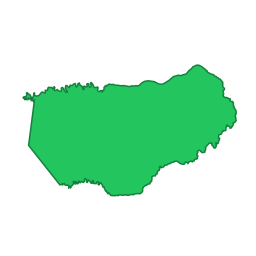 Tame, Arauca, Colombia, rotated 185°
{"feature_id": "7082276B91596510708856", "entity_name": "Tame", "entity_type": "district", "adm_level": 2, "iso_a3": "COL", "parent_name": "Colombia", "parent_adm1": "Arauca", "projection": "natural_earth1", "projection_center": [-71.956, 6.385], "detail": "fine", "context": "isolated", "style": "filled", "palette": "green", "viewbox_px": 256, "rotation_deg": 185, "n_neighbors": 0, "source": "geoboundaries", "source_scale": "gbopen_adm2", "svg_char_len": 5825}
<svg xmlns="http://www.w3.org/2000/svg" viewBox="0 0 256 256"><g transform="rotate(185 128 128)"><path d="M26.2,136.6L24.8,137.4L24.7,138.6L24.3,138.7L23.6,139.7L23.6,142.1L22.8,142.4L22.3,143.0L21.7,143.3L20.9,144.9L21.4,146.2L21.7,148.4L22.1,148.7L22.3,149.5L22.1,150.4L21.7,150.8L21.8,151.6L21.6,151.8L21.5,152.6L21.9,154.4L22.5,155.7L23.7,156.9L23.8,157.6L24.7,158.6L24.5,159.1L25.1,160.4L25.2,162.4L26.3,163.6L27.9,163.5L28.5,163.9L29.1,164.7L28.6,165.3L28.8,165.9L29.8,165.9L30.3,166.4L31.4,166.5L32.5,167.0L33.4,166.8L34.5,167.0L35.8,168.0L36.2,168.7L35.8,169.3L35.7,170.4L36.6,173.4L35.4,174.5L35.4,175.9L36.8,176.9L37.5,178.2L37.2,178.6L37.6,180.0L37.4,180.8L37.6,181.7L40.3,184.6L41.4,184.8L42.7,185.9L43.7,186.1L44.7,187.0L45.7,187.0L47.5,188.6L49.6,188.8L52.9,190.2L53.7,190.7L54.4,191.9L54.6,191.8L55.4,192.3L55.8,193.1L57.0,193.6L60.0,195.6L63.2,196.8L65.7,196.4L66.9,195.5L68.4,194.8L70.5,192.0L72.0,190.8L74.8,186.8L78.0,185.8L79.6,184.8L82.4,185.0L87.3,183.1L91.3,179.0L96.0,175.5L97.6,174.7L100.8,174.4L106.0,176.5L111.7,176.8L114.7,176.2L116.3,175.4L118.3,174.0L120.7,171.3L122.0,170.7L123.6,170.9L125.9,170.3L127.9,170.3L129.4,169.6L130.8,169.4L136.2,169.9L138.2,169.5L142.9,169.7L143.9,169.4L146.2,170.1L147.7,170.0L148.3,169.7L150.4,170.1L151.1,169.8L152.6,168.4L153.4,168.5L153.5,167.6L154.5,167.7L154.7,167.0L155.4,166.4L155.2,164.6L155.7,163.4L156.9,163.1L156.4,162.1L156.7,161.8L157.3,161.8L157.8,162.7L158.8,162.7L159.7,161.7L161.1,162.2L161.8,163.3L161.3,165.1L161.4,165.8L162.0,166.1L164.2,165.4L165.1,165.5L165.6,166.0L166.5,167.9L168.3,169.9L168.9,170.0L169.4,169.2L169.1,168.1L168.3,167.0L168.5,165.9L169.3,165.4L170.0,165.5L170.6,166.5L170.9,167.9L171.6,168.6L172.4,168.6L172.9,168.1L172.4,166.7L172.4,165.8L172.7,165.4L173.6,165.3L175.1,165.9L176.1,165.4L176.0,164.7L175.1,163.2L175.3,162.8L175.8,162.5L176.4,162.9L176.6,164.1L177.7,165.6L179.8,166.8L180.0,167.8L180.5,168.5L181.6,168.0L182.0,165.3L182.9,164.4L183.6,165.0L183.9,166.8L184.6,167.7L186.2,166.9L186.6,166.1L187.7,165.4L188.6,165.6L189.4,165.5L189.9,163.5L190.4,163.1L192.6,164.9L193.5,164.9L193.9,163.4L193.7,161.6L191.7,159.0L191.6,158.4L191.8,158.1L192.7,158.1L193.9,159.2L194.4,159.3L195.8,161.9L197.0,162.6L197.7,162.3L197.9,161.3L197.6,159.4L197.8,158.8L198.3,158.6L200.1,158.9L201.8,160.1L203.5,158.9L204.5,159.1L204.7,160.1L204.4,161.9L205.0,162.6L205.4,162.4L205.5,161.0L206.0,160.4L206.4,160.5L207.4,161.8L209.3,161.5L210.5,161.7L211.3,160.8L211.3,159.2L211.5,158.6L213.7,158.3L213.7,157.5L213.3,156.4L213.7,155.6L216.5,156.4L217.4,155.8L219.2,153.0L220.3,152.3L222.2,151.8L223.9,152.3L224.2,153.4L224.0,154.5L224.6,154.8L224.9,154.4L224.9,151.5L225.2,151.1L225.2,150.0L225.8,149.6L227.5,150.6L228.0,151.9L228.7,152.6L230.2,153.3L231.6,154.4L232.2,153.9L231.6,152.3L232.1,150.9L233.0,150.2L234.3,150.0L235.1,149.3L234.7,148.5L233.5,148.2L233.4,147.4L233.0,147.5L233.0,148.3L232.4,147.7L232.2,148.0L232.5,148.2L232.0,148.8L231.8,148.6L232.1,148.1L231.5,147.7L231.6,148.1L230.4,148.2L230.1,148.7L229.6,148.0L229.2,148.4L228.8,148.4L229.0,148.8L227.7,148.6L227.7,149.1L226.9,149.1L226.9,147.9L226.5,148.3L226.1,147.9L226.1,147.6L226.3,147.7L226.4,147.0L225.4,147.2L225.4,146.9L225.1,147.5L224.9,147.2L224.5,147.3L224.9,146.9L224.7,146.4L224.2,146.1L224.1,146.6L223.8,146.4L224.0,145.8L223.7,145.7L225.5,102.0L190.9,65.4L189.7,66.0L188.2,65.6L188.1,66.0L188.3,66.8L187.4,66.5L186.6,67.1L185.9,65.8L184.8,65.4L183.1,66.0L182.7,65.8L181.9,64.6L181.8,63.5L180.9,64.6L180.3,63.3L180.0,63.3L179.7,63.7L179.6,65.2L178.4,65.9L177.9,67.1L176.9,67.9L177.0,68.4L177.9,69.3L177.5,70.1L177.1,70.2L176.5,69.8L176.1,68.2L175.7,67.7L175.1,67.8L175.3,69.6L175.0,70.0L174.4,69.8L173.7,68.2L173.2,68.1L172.9,68.3L172.3,70.8L172.0,70.6L171.5,69.6L171.0,69.3L170.6,69.5L169.8,70.7L167.9,69.9L167.4,70.0L166.8,71.3L166.7,73.6L166.1,73.8L165.6,73.5L164.8,71.9L164.7,70.8L164.0,70.2L163.5,70.5L163.5,72.4L163.3,72.8L161.6,71.9L160.6,70.4L159.6,69.7L159.2,69.8L158.9,70.4L159.0,71.9L158.6,72.5L157.9,72.1L157.6,70.8L157.7,69.9L157.2,69.6L156.4,69.9L155.0,69.7L154.5,70.4L154.2,71.6L153.5,71.9L152.6,71.2L152.8,69.3L152.1,68.8L151.6,69.2L150.9,71.0L150.3,71.1L150.1,70.5L148.6,69.2L148.2,67.3L147.7,67.0L146.9,67.3L146.5,66.7L146.4,65.9L145.6,65.0L145.4,64.1L144.7,63.2L144.0,63.4L143.4,62.1L142.6,61.7L141.8,61.8L141.8,61.2L142.1,60.9L140.3,60.7L139.9,59.8L138.9,59.2L138.3,59.4L137.5,59.2L137.0,59.6L135.4,59.3L133.9,59.9L132.3,59.7L130.1,60.8L128.5,60.5L125.8,60.8L124.3,61.4L123.6,61.0L122.0,60.9L119.2,62.0L116.7,62.0L116.1,62.6L114.2,63.3L109.9,63.7L108.2,65.6L107.9,66.5L108.2,68.8L107.1,70.9L105.4,72.5L104.7,72.4L103.6,73.6L101.3,74.4L101.2,75.6L99.8,77.0L100.0,77.8L99.7,78.5L99.9,81.6L98.3,82.6L96.6,82.7L96.1,84.2L95.0,84.9L94.7,87.6L93.2,88.6L93.3,89.0L92.9,89.5L92.8,91.1L93.3,91.6L93.2,92.2L92.2,92.6L91.5,91.6L90.7,91.5L89.0,92.5L88.0,94.3L86.2,94.4L84.4,95.9L82.9,96.3L82.3,96.7L82.0,97.2L79.1,98.2L78.8,98.7L78.0,99.0L76.3,99.2L74.2,98.1L73.2,97.2L69.9,96.6L68.5,97.1L67.9,98.9L67.5,99.1L66.4,99.0L65.2,97.9L64.3,99.5L63.4,100.2L61.5,100.4L61.1,99.9L60.3,100.6L59.2,101.1L59.3,101.7L58.1,103.1L57.0,103.0L56.1,103.9L56.5,105.0L56.4,105.7L56.0,106.0L57.0,107.5L56.9,108.6L56.4,109.6L56.7,111.2L55.4,112.0L54.0,111.5L53.5,110.9L51.7,109.9L49.5,110.6L49.3,111.0L49.4,112.2L48.8,112.9L48.8,114.2L49.1,114.8L48.5,116.5L45.8,119.8L45.3,120.1L44.2,120.1L43.4,120.4L42.9,119.8L43.0,118.4L41.6,117.2L40.8,115.8L39.9,115.5L39.3,115.8L38.7,116.9L38.5,117.9L39.2,120.7L38.5,120.7L37.7,120.0L37.2,120.3L36.6,121.4L36.7,122.8L36.3,123.7L35.8,124.1L36.0,124.7L35.8,125.7L36.9,126.2L37.1,127.3L36.6,129.3L35.0,129.8L34.3,130.3L34.2,131.3L33.7,132.4L32.8,133.1L33.0,133.6L30.5,133.9L30.3,134.5L30.5,136.9L29.9,137.8L30.2,138.9L29.6,139.1L29.3,139.5L28.6,138.7L27.0,138.2L26.2,136.6Z" fill="#22c55e" stroke="#15803d" stroke-width="1.5"/></g></svg>